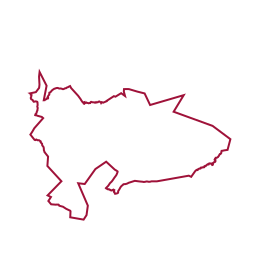 the district of Atlamajalcingo del Monte, Guerrero, Mexico, rotated 255°
{"feature_id": "50627088B9042251287678", "entity_name": "Atlamajalcingo del Monte", "entity_type": "district", "adm_level": 2, "iso_a3": "MEX", "parent_name": "Mexico", "parent_adm1": "Guerrero", "projection": "robinson", "projection_center": [-98.589, 17.26], "detail": "fine", "context": "isolated", "style": "outline", "palette": "rose", "viewbox_px": 256, "rotation_deg": 255, "n_neighbors": 0, "source": "geoboundaries", "source_scale": "gbopen_adm2", "svg_char_len": 5097}
<svg xmlns="http://www.w3.org/2000/svg" viewBox="0 0 256 256"><g transform="rotate(255 128 128)"><path d="M186.8,42.5L186.5,42.8L186.1,42.9L185.4,42.6L185.1,42.8L184.8,43.1L184.7,43.3L183.3,42.6L183.0,42.5L182.7,42.1L182.0,41.8L181.1,41.9L180.8,42.0L180.6,42.2L180.3,42.6L179.8,43.1L179.0,43.2L178.6,43.5L177.8,43.7L177.7,43.9L177.7,44.2L177.7,44.8L177.7,45.4L177.5,45.9L177.3,46.4L177.1,46.6L176.8,47.1L176.7,47.1L176.2,47.2L173.8,46.7L173.2,46.5L172.4,46.0L172.1,45.9L171.8,45.9L170.8,46.0L170.5,45.9L169.2,45.3L168.3,45.0L168.2,44.9L168.1,44.7L167.9,44.5L167.5,44.2L167.2,44.1L166.8,43.9L166.4,43.6L165.9,43.2L165.7,43.0L165.4,42.4L165.3,42.2L164.4,41.7L164.2,42.0L164.1,42.5L163.7,43.2L163.2,43.8L161.0,47.6L159.5,48.6L152.0,37.4L149.1,34.5L146.9,32.0L140.9,34.6L140.8,34.8L140.7,35.0L140.4,35.1L140.3,35.3L140.3,35.7L140.6,36.1L140.6,36.3L140.6,36.5L140.1,37.0L139.8,37.3L139.5,37.6L139.4,38.1L139.3,38.7L139.2,38.9L138.9,39.2L138.5,39.4L138.0,40.0L137.7,40.2L137.4,39.9L137.1,39.9L136.6,40.0L136.2,40.2L135.6,40.6L135.1,40.9L134.8,40.9L134.4,40.8L134.0,40.7L133.4,40.7L132.8,40.9L132.0,41.3L131.3,41.5L130.3,41.4L129.6,41.3L128.4,41.0L127.9,41.0L126.9,41.2L126.6,41.2L126.4,41.1L121.1,43.4L112.2,40.3L93.8,49.9L83.7,32.9L81.3,35.7L78.1,32.2L74.2,34.0L72.8,37.9L72.0,41.0L71.8,41.2L70.7,41.5L68.8,44.8L66.0,47.3L63.0,50.8L62.4,50.9L56.7,49.1L51.0,61.4L54.6,65.4L63.4,69.1L87.5,65.6L85.1,71.7L96.8,85.9L101.1,98.2L91.3,104.4L90.4,105.2L90.1,105.6L89.6,106.0L88.7,106.7L88.3,106.6L87.7,106.2L86.7,105.5L85.4,104.4L83.6,102.1L81.6,99.8L80.5,98.4L79.3,96.2L78.1,94.9L77.2,93.8L75.6,91.1L75.4,91.2L75.1,91.5L74.7,92.0L74.2,92.4L73.9,92.9L73.8,93.1L73.9,93.4L73.9,93.6L73.8,93.8L73.5,94.0L73.2,94.3L72.9,94.6L72.8,94.9L72.6,95.0L72.4,95.0L71.9,95.9L71.9,96.2L71.9,96.4L72.1,96.7L72.2,97.0L72.1,97.4L72.1,97.6L72.2,97.9L71.8,98.1L71.8,98.5L71.7,98.6L71.4,98.3L71.1,98.3L70.9,98.4L70.7,98.4L70.5,98.1L70.3,98.0L70.2,97.9L69.8,97.9L69.4,98.0L69.1,98.3L67.8,98.5L67.7,99.8L67.7,100.6L67.8,101.2L68.1,101.7L68.7,101.9L69.4,102.1L69.9,102.5L70.8,103.6L72.3,105.0L73.2,106.0L73.7,106.8L74.4,108.4L74.7,108.7L74.8,109.1L74.8,109.7L74.6,110.4L74.5,110.7L74.5,111.4L74.5,112.4L74.6,113.2L74.9,114.4L75.2,120.9L73.5,125.0L72.3,128.2L71.8,129.2L71.6,130.5L71.6,131.5L71.5,132.4L70.6,134.3L70.4,135.4L70.4,136.2L70.4,137.0L69.0,142.2L66.2,174.4L64.5,176.4L69.0,181.8L69.8,183.4L69.8,183.5L69.7,183.6L69.4,184.0L69.4,184.4L69.5,184.6L69.9,184.8L70.0,184.9L70.2,185.4L70.3,185.7L70.2,186.0L70.2,186.5L70.3,186.8L70.2,186.9L70.1,187.2L70.1,187.5L70.7,187.9L70.8,188.0L70.6,188.4L70.6,188.6L70.7,188.9L70.6,189.1L70.8,189.5L70.7,189.6L70.6,190.0L70.5,190.4L70.5,190.7L70.4,191.5L70.5,191.6L70.8,191.7L70.9,191.8L71.2,191.8L71.3,192.1L71.5,192.9L71.4,193.1L71.2,193.3L71.4,193.6L71.5,193.7L71.7,194.3L71.9,194.5L72.1,194.8L72.1,195.0L72.4,195.6L72.3,195.9L71.9,196.3L71.9,196.5L72.0,196.6L72.5,196.8L72.8,197.3L72.6,197.9L72.5,198.1L72.4,198.2L72.4,198.5L72.3,198.9L72.1,199.1L71.8,199.2L71.3,199.5L70.9,199.6L70.6,199.7L70.4,199.8L70.4,200.2L70.5,200.3L70.8,200.4L70.9,200.5L71.0,200.7L71.2,200.8L71.3,200.7L71.6,200.4L71.8,200.4L72.1,200.5L72.2,201.0L72.2,201.3L72.4,201.7L72.6,201.9L72.6,202.1L72.7,202.3L72.7,203.2L72.8,203.3L72.9,203.5L73.2,203.6L73.5,204.0L73.8,204.0L74.1,203.8L74.3,204.0L74.5,204.1L74.7,203.8L75.0,203.5L75.6,204.0L75.8,204.1L76.0,204.5L76.2,204.9L76.3,204.9L76.5,205.0L76.4,205.3L76.3,205.7L76.3,206.1L76.5,206.7L76.6,207.3L76.8,207.4L77.0,207.7L77.6,208.6L77.9,208.9L78.6,209.4L78.8,209.7L78.9,209.9L79.0,210.0L78.9,210.2L78.9,210.6L79.0,210.7L79.1,210.8L79.5,211.2L79.6,211.5L79.9,211.7L80.8,212.0L81.4,212.3L81.7,212.5L81.5,214.0L81.5,214.9L81.1,218.5L90.7,224.0L108.1,210.3L131.9,176.3L145.3,190.3L144.5,155.3L157.1,153.0L160.7,146.5L165.3,139.0L165.7,137.8L166.3,135.4L166.6,134.2L164.3,133.4L159.7,133.4L163.4,130.4L161.5,124.0L162.4,122.6L159.7,114.3L159.4,114.3L158.9,110.5L159.2,110.3L159.8,109.3L159.1,108.5L159.6,108.4L161.0,107.3L161.1,106.2L160.7,105.6L160.8,104.5L160.8,104.1L161.3,103.8L160.9,102.9L161.0,102.6L161.2,102.3L161.5,102.1L161.6,101.9L161.8,100.9L162.7,99.2L162.8,99.1L162.7,98.7L161.9,98.0L162.1,97.5L162.0,96.5L162.7,95.5L162.8,94.9L163.3,94.4L163.5,94.2L163.3,93.8L163.2,93.3L163.4,93.0L162.7,92.0L163.0,91.6L163.6,91.6L164.3,92.1L164.3,91.5L164.5,90.9L166.9,90.0L168.1,89.7L172.0,88.2L181.3,83.4L183.5,82.9L183.3,81.7L183.0,80.8L182.9,79.4L182.7,78.8L182.5,78.6L182.6,77.2L182.4,76.5L182.3,76.1L182.3,75.5L182.5,74.9L183.0,74.3L183.4,73.6L183.7,72.9L183.8,72.1L184.1,71.5L184.3,71.2L184.7,70.8L184.8,70.5L185.0,70.1L185.1,69.1L185.1,68.7L185.0,68.3L185.0,66.9L184.7,66.1L184.3,64.9L183.7,63.8L183.4,63.5L182.7,62.4L182.6,62.1L182.5,61.8L182.5,61.6L182.5,61.2L182.4,61.1L182.2,61.0L181.9,61.0L181.3,60.8L180.9,60.7L180.6,60.6L180.4,60.3L180.3,60.0L180.0,59.6L179.3,58.9L179.0,58.6L178.8,58.5L178.3,58.6L178.2,58.7L177.9,58.7L177.6,58.6L177.4,58.5L177.2,58.2L177.6,57.3L177.0,56.6L176.8,55.1L176.4,54.7L176.6,53.8L189.9,60.3L205.0,57.1L200.7,55.4L192.7,53.7L189.7,52.5L189.3,51.9L186.5,48.3L186.8,42.5Z" fill="none" stroke="#9f1239" stroke-width="2"/></g></svg>